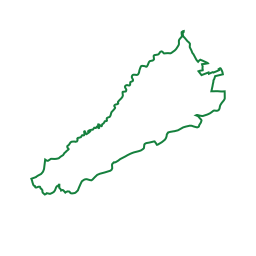 Kota Magelang, Jawa Tengah, Indonesia (Equal Earth projection), rotated 232°
{"feature_id": "22746128B66141272433758", "entity_name": "Kota Magelang", "entity_type": "district", "adm_level": 2, "iso_a3": "IDN", "parent_name": "Indonesia", "parent_adm1": "Jawa Tengah", "projection": "equal_earth", "projection_center": [110.222, -7.473], "detail": "fine", "context": "isolated", "style": "outline", "palette": "green", "viewbox_px": 256, "rotation_deg": 232, "n_neighbors": 0, "source": "geoboundaries", "source_scale": "gbopen_adm2", "svg_char_len": 5857}
<svg xmlns="http://www.w3.org/2000/svg" viewBox="0 0 256 256"><g transform="rotate(232 128 128)"><path d="M141.6,18.4L140.6,18.3L139.6,18.9L139.2,18.8L138.6,18.5L138.2,18.5L137.8,18.8L137.5,19.2L136.8,21.3L136.5,21.8L135.9,22.4L135.2,22.3L134.3,21.9L134.0,21.9L133.9,22.0L133.6,22.2L133.2,22.3L132.7,22.2L131.6,22.2L130.6,21.4L129.6,21.0L128.3,21.2L126.8,21.5L126.5,22.8L126.7,23.5L126.7,23.8L124.2,25.9L124.0,26.3L123.5,28.4L123.3,30.1L123.5,31.0L123.9,32.2L124.5,33.2L125.4,34.7L125.9,36.0L125.5,36.9L125.9,38.7L125.6,39.0L124.1,37.8L123.6,37.2L123.1,37.0L122.1,37.2L121.7,37.1L120.8,37.2L119.9,36.8L119.7,37.6L119.3,38.4L118.3,38.7L115.7,38.8L115.7,40.0L115.5,40.5L115.3,41.3L115.1,41.4L114.3,42.4L114.0,42.6L112.9,42.7L112.1,42.6L111.8,42.8L111.0,43.5L110.8,43.8L109.8,45.5L109.4,46.6L109.4,47.0L109.5,48.4L109.7,50.1L111.2,52.6L113.4,56.7L114.4,58.8L114.3,61.3L114.1,62.2L113.5,63.4L112.9,64.1L110.3,66.0L109.3,67.0L109.2,68.2L109.7,71.6L110.0,74.9L109.6,76.4L109.3,77.6L107.3,82.3L105.2,87.8L105.2,89.3L105.8,90.5L106.0,90.8L108.8,92.7L109.4,93.6L109.5,94.7L109.7,95.6L109.6,95.9L109.0,96.3L108.6,97.7L108.3,100.2L108.3,102.7L107.2,108.5L106.9,110.8L106.3,113.8L105.8,115.6L105.3,117.2L104.9,118.2L103.3,121.8L102.4,124.2L102.2,126.2L102.2,127.6L102.4,128.2L104.1,129.9L104.9,130.7L105.1,131.3L105.0,132.5L104.8,133.2L104.0,134.7L103.5,135.6L101.8,139.3L101.3,140.4L101.0,140.7L99.9,140.6L99.2,140.7L97.0,140.4L96.6,141.1L96.0,145.9L96.0,147.9L96.1,150.1L96.8,151.9L97.8,153.4L99.0,154.6L99.3,155.3L99.3,155.9L99.7,156.3L99.8,156.9L98.9,159.0L98.4,159.9L97.4,161.8L97.0,162.4L95.7,165.3L95.4,166.1L94.5,171.9L93.4,174.7L92.1,177.4L91.8,178.1L90.6,179.5L88.6,180.8L86.1,182.7L85.9,182.9L85.6,183.8L85.5,184.4L85.7,185.0L86.5,186.1L87.4,188.7L88.2,189.9L88.6,190.5L89.4,190.8L91.5,190.6L94.2,190.5L96.1,189.4L95.9,190.2L95.5,190.7L93.3,192.4L91.7,193.9L91.3,194.6L90.6,196.5L89.9,198.4L89.4,200.2L89.4,200.4L89.1,201.8L89.0,204.1L89.0,205.7L88.9,206.3L88.6,206.8L87.1,208.3L86.6,209.1L86.4,209.8L86.4,210.8L86.5,211.2L87.3,212.5L88.5,213.8L89.2,214.9L90.0,217.1L90.8,220.6L91.4,222.0L91.8,222.5L96.1,225.8L97.4,226.7L97.5,226.5L98.3,225.4L99.7,223.6L101.9,221.2L105.6,216.3L108.9,220.3L110.1,221.6L111.9,223.8L112.2,224.0L113.0,224.8L113.4,225.9L115.2,228.6L111.9,235.8L113.8,236.8L115.5,237.3L117.8,237.7L118.4,237.4L118.6,235.7L117.5,235.4L118.0,233.3L119.1,229.5L119.5,229.4L119.8,229.2L120.3,227.5L120.9,225.1L122.2,225.7L124.4,218.5L129.3,218.5L128.9,219.8L127.5,222.4L127.9,222.8L129.3,223.5L130.5,224.7L132.7,225.6L132.1,226.8L131.3,227.9L129.8,230.8L130.2,230.8L135.4,228.1L137.1,227.1L137.3,227.0L137.3,225.4L137.0,224.0L138.4,223.9L139.7,223.9L141.4,224.2L145.9,225.0L147.2,224.9L148.1,225.1L150.0,225.7L153.1,226.3L153.8,226.5L155.7,228.2L156.4,228.7L156.9,228.7L158.0,228.7L159.8,228.3L163.8,228.2L165.1,228.1L166.1,227.8L166.9,228.3L168.5,229.0L168.8,229.3L169.1,229.9L169.4,230.7L169.4,231.0L170.1,231.6L170.5,230.7L170.5,229.7L170.5,229.3L170.1,228.9L168.2,227.7L167.8,227.6L167.4,227.2L167.1,226.8L166.8,226.1L166.2,223.2L165.8,222.3L165.4,221.8L164.5,221.1L163.4,220.3L162.7,219.7L162.1,218.8L161.4,216.9L160.7,214.9L160.5,214.0L160.3,212.4L160.4,210.7L160.4,209.7L160.5,208.2L160.8,207.3L162.4,205.6L163.7,203.7L164.3,202.7L164.8,202.2L166.4,202.1L167.0,202.0L167.7,201.6L168.0,200.8L168.1,200.2L167.7,199.0L167.3,197.5L167.4,197.1L167.5,196.7L168.0,195.8L168.1,195.6L169.1,193.8L169.2,193.1L168.9,192.5L166.6,191.1L166.5,190.9L166.2,190.8L165.9,189.9L166.0,188.9L166.3,188.4L167.2,186.5L167.2,186.0L167.0,185.0L165.5,182.4L165.3,181.9L164.9,180.9L164.9,180.5L165.1,180.0L166.4,179.3L168.2,177.5L168.5,176.9L168.6,176.1L167.5,174.2L166.4,172.5L164.9,170.8L164.1,169.1L164.1,168.3L164.4,167.6L165.1,166.8L165.6,166.4L166.5,165.3L166.8,164.6L166.8,164.0L166.6,163.3L166.1,162.6L165.3,162.1L163.1,161.7L162.5,161.2L162.3,161.1L162.1,160.5L162.7,158.2L162.6,157.9L160.8,156.3L160.6,155.4L161.0,154.8L162.4,153.7L162.8,152.8L162.8,151.7L162.3,150.9L161.5,150.6L160.2,150.5L159.1,150.2L158.3,149.2L158.2,148.7L159.7,146.2L159.6,145.8L158.5,145.0L156.8,144.0L156.0,142.8L155.5,141.0L155.2,138.3L154.8,136.3L154.5,135.9L153.9,135.6L153.6,135.6L153.3,135.3L153.3,134.7L153.5,133.9L154.0,133.1L154.3,131.9L154.2,131.3L154.0,130.9L153.5,130.6L152.7,130.5L152.2,130.5L151.8,130.2L151.6,129.8L151.3,128.7L150.6,124.6L148.6,121.9L148.1,120.7L148.1,120.1L148.5,119.1L148.7,118.2L148.8,117.6L148.6,117.2L148.2,116.7L147.1,116.2L146.8,115.9L146.7,115.5L146.9,115.1L147.6,113.8L147.0,112.6L146.8,111.9L146.7,111.6L146.8,109.9L146.0,108.9L145.7,108.4L145.8,108.1L146.0,107.9L146.8,107.8L148.4,107.4L149.0,107.0L149.2,106.8L149.1,106.6L148.7,106.4L147.8,106.3L147.0,106.0L145.9,105.4L145.8,105.1L145.9,104.9L146.4,104.7L148.2,104.5L148.2,104.2L148.0,103.6L147.8,102.9L147.9,102.5L148.1,102.3L148.3,102.3L149.0,101.6L148.6,100.2L148.4,99.2L148.6,99.1L149.9,96.4L150.1,95.1L150.0,94.6L149.8,94.6L149.6,94.6L149.0,95.5L148.7,95.6L148.7,95.4L148.6,95.5L148.5,95.2L148.5,94.5L148.7,91.5L149.0,91.4L149.5,91.4L150.1,91.5L150.7,91.7L152.1,91.9L152.2,91.7L152.2,91.3L151.9,91.1L150.0,89.9L149.5,89.3L149.5,88.9L149.4,88.8L149.6,88.3L150.5,87.5L150.5,87.2L149.8,85.2L150.0,84.7L150.4,83.6L151.0,82.5L151.0,82.0L150.9,81.6L150.6,81.3L150.0,81.2L149.7,80.9L149.2,80.4L149.0,79.7L148.9,79.3L149.3,78.7L149.4,78.2L149.8,77.8L150.3,77.5L150.7,77.0L151.9,75.1L152.0,74.5L152.0,73.7L151.1,71.0L151.1,69.1L151.0,68.9L150.5,68.5L149.7,68.2L148.1,68.3L147.8,68.1L147.7,67.3L147.6,64.5L147.4,64.1L147.4,63.4L147.5,62.8L146.6,60.2L146.9,57.3L146.8,54.8L147.3,53.6L147.5,53.3L147.7,52.8L148.7,51.2L150.7,48.9L151.2,48.1L151.2,47.5L151.4,44.9L151.7,44.4L152.3,43.9L154.1,43.3L151.3,40.5L147.4,36.6L146.1,34.5L145.8,33.8L145.4,31.9L145.3,31.1L145.9,27.8L146.1,25.3L146.0,25.2L147.5,20.6L145.4,19.9L144.1,19.3L141.6,18.4Z" fill="none" stroke="#15803d" stroke-width="2"/></g></svg>